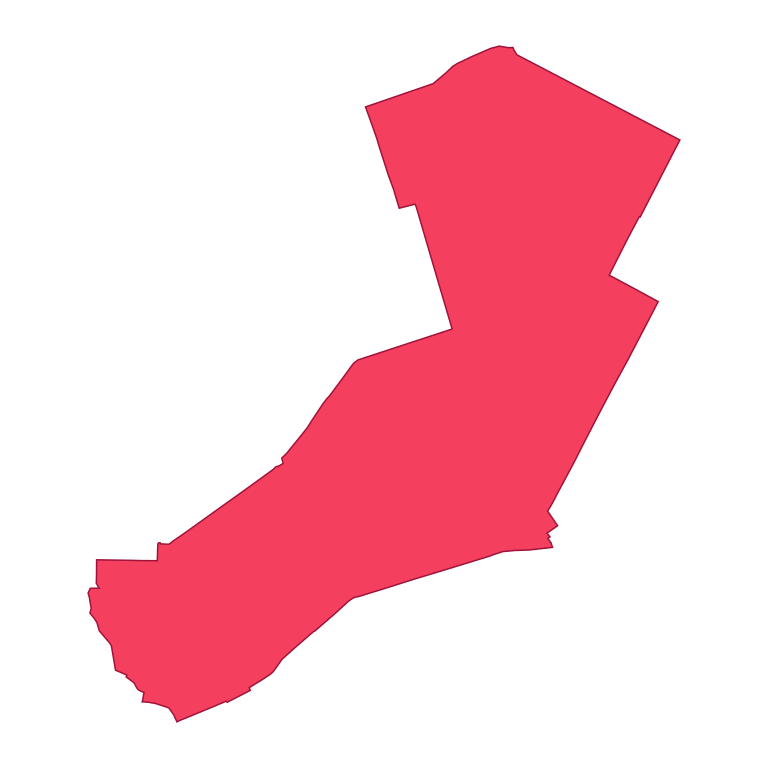 Segarcea-Vale, Teleorman, Romania
{"feature_id": "2599482B59807133225693", "entity_name": "Segarcea-Vale", "entity_type": "district", "adm_level": 2, "iso_a3": "ROU", "parent_name": "Romania", "parent_adm1": "Teleorman", "projection": "albers", "projection_center": [24.796, 43.848], "detail": "fine", "context": "isolated", "style": "filled", "palette": "rose", "viewbox_px": 768, "rotation_deg": 0, "n_neighbors": 0, "source": "geoboundaries", "source_scale": "gbopen_adm2", "svg_char_len": 2391}
<svg xmlns="http://www.w3.org/2000/svg" viewBox="0 0 768 768"><path d="M213.4,706.6L219.8,703.9L226.2,701.2L227.1,702.3L250.3,690.4L249.2,687.7L263.4,678.9L265.9,677.2L270.3,674.3L273.4,671.5L282.1,659.2L293.0,649.4L310.1,634.5L313.6,631.6L314.9,631.0L336.2,612.5L348.2,601.5L351.4,599.1L354.9,597.2L358.6,596.6L368.7,593.4L383.7,588.8L415.6,578.7L420.0,577.4L424.4,576.1L489.1,556.3L494.3,554.4L502.7,551.6L504.0,551.5L510.4,550.9L514.4,550.5L529.0,550.0L552.5,547.4L551.0,542.7L547.9,538.4L550.0,536.8L547.0,533.2L557.6,525.7L548.3,512.1L547.6,511.3L552.3,503.3L559.1,490.3L574.3,461.9L583.2,444.3L599.1,413.5L614.3,384.7L627.9,359.8L636.9,342.6L651.8,314.0L658.2,301.6L627.4,284.9L621.4,281.7L609.2,275.2L625.9,242.1L632.6,229.3L639.4,216.6L640.2,217.0L640.3,216.8L673.3,152.7L679.9,140.0L516.9,54.8L513.9,49.9L513.0,47.5L508.5,47.7L499.1,46.1L497.2,46.7L490.6,48.4L470.9,57.0L457.3,63.5L452.7,66.4L446.0,72.8L433.2,83.6L410.6,91.4L365.5,106.9L368.7,115.7L371.8,124.4L377.2,139.6L377.7,141.9L382.4,156.6L388.4,175.3L393.4,188.9L399.2,208.2L401.6,207.6L404.0,207.0L414.8,204.2L415.0,204.2L416.1,206.5L424.7,235.8L429.9,253.5L437.8,280.5L439.3,285.6L447.3,312.6L452.1,329.0L358.2,359.8L353.8,363.0L352.1,365.2L345.7,374.0L330.2,395.0L326.6,399.0L323.0,403.7L316.6,413.3L311.4,421.2L307.4,427.5L303.5,432.5L290.7,448.3L286.7,453.3L281.7,458.1L283.2,463.4L279.1,465.8L276.2,466.7L275.1,467.5L273.1,469.5L248.4,487.4L225.9,503.5L209.0,515.6L184.7,533.0L172.7,541.3L169.3,544.1L166.3,544.2L165.9,544.1L160.7,543.9L160.2,542.8L158.7,542.8L157.9,543.8L157.6,549.6L157.3,560.7L142.0,560.6L129.2,560.3L122.7,560.2L109.0,560.0L96.6,559.8L96.5,575.2L96.3,583.3L98.8,587.7L98.9,587.9L99.1,588.2L90.3,588.2L88.1,593.2L89.3,597.1L90.0,601.5L90.1,601.8L90.1,602.1L90.4,604.0L91.0,607.0L91.3,608.0L89.9,613.1L94.2,618.3L96.9,622.5L99.1,630.2L99.3,630.8L109.7,643.1L111.4,645.8L115.4,669.7L115.5,670.2L126.9,675.1L126.2,676.9L132.9,682.0L133.6,682.4L134.2,683.2L134.8,684.1L135.4,685.2L136.0,686.6L136.8,687.8L137.3,688.7L138.0,689.5L139.4,690.4L141.0,691.3L142.6,691.9L144.0,692.2L143.1,697.3L142.7,700.5L142.1,701.8L144.4,702.0L147.8,702.2L149.2,702.4L151.4,702.8L153.9,703.2L155.8,703.6L158.9,704.6L164.5,706.4L169.0,708.0L170.6,710.5L173.0,713.8L173.8,714.9L174.8,717.4L176.2,720.2L177.0,721.9L177.9,721.4L178.7,720.9L188.3,717.0L213.4,706.6Z" fill="#f43f5e" stroke="#9f1239" stroke-width="1.5"/></svg>